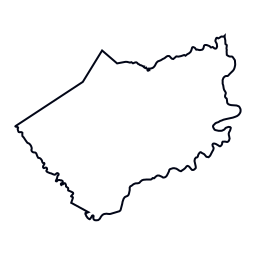 the district of Allende, Nuevo León, Mexico
{"feature_id": "50627088B85815179056295", "entity_name": "Allende", "entity_type": "district", "adm_level": 2, "iso_a3": "MEX", "parent_name": "Mexico", "parent_adm1": "Nuevo León", "projection": "robinson", "projection_center": [-100.014, 25.299], "detail": "fine", "context": "isolated", "style": "outline", "palette": "ink", "viewbox_px": 256, "rotation_deg": 0, "n_neighbors": 0, "source": "geoboundaries", "source_scale": "gbopen_adm2", "svg_char_len": 5740}
<svg xmlns="http://www.w3.org/2000/svg" viewBox="0 0 256 256"><path d="M71.2,202.8L88.4,212.2L86.2,213.1L85.6,212.9L85.4,213.1L85.4,213.9L85.6,214.6L86.0,215.0L86.3,216.1L87.1,217.1L87.5,217.8L88.9,218.9L89.7,219.2L90.1,218.9L91.3,217.2L92.0,215.8L92.4,215.5L92.8,215.4L93.2,215.5L93.5,215.8L93.6,216.2L93.3,218.2L93.5,218.9L93.8,219.5L94.5,220.0L95.0,220.2L96.3,220.3L98.1,220.1L99.5,219.1L100.0,218.4L100.6,217.3L101.2,216.4L102.0,215.4L103.1,214.5L104.2,214.0L106.5,213.7L107.9,213.9L109.8,214.0L110.8,213.8L119.2,211.3L120.3,210.5L120.7,209.6L122.2,203.9L122.6,201.7L123.6,198.8L124.7,197.2L125.8,196.6L127.5,195.9L128.3,195.2L128.9,193.9L129.7,190.2L129.7,187.5L130.4,186.3L131.5,185.8L133.5,184.2L135.4,183.4L137.6,183.3L139.0,183.0L139.8,182.4L140.4,181.6L142.0,180.3L143.4,179.8L146.8,179.5L150.9,179.5L151.8,179.0L152.6,178.1L153.0,178.0L153.8,178.3L154.3,178.2L155.1,177.2L156.3,176.2L156.9,175.8L157.6,175.5L159.0,175.5L161.8,176.7L163.0,177.5L164.0,177.5L165.1,177.2L165.6,176.9L166.5,176.1L167.4,174.6L168.8,171.7L169.2,170.6L169.3,169.9L170.1,169.1L173.0,168.2L174.3,168.2L176.4,168.7L178.0,169.7L178.9,170.4L180.4,171.1L181.3,171.1L182.3,170.2L183.4,169.6L185.2,168.1L186.6,166.3L187.5,165.9L188.5,166.2L189.4,166.9L191.2,169.1L192.0,169.9L193.1,170.0L194.3,169.5L195.3,168.5L195.8,167.9L195.7,166.3L194.5,161.0L194.9,158.9L195.9,157.6L197.2,157.3L197.8,156.6L198.1,155.3L198.5,154.3L199.7,152.6L200.5,152.2L201.2,152.4L201.4,152.7L202.9,153.5L204.2,154.2L206.4,156.8L208.6,157.2L210.2,155.6L212.3,151.5L213.2,150.0L213.6,148.5L213.5,147.5L212.6,145.9L212.5,144.5L213.1,143.7L214.0,143.5L215.0,143.7L216.1,144.1L218.3,145.4L219.5,146.2L220.4,146.2L221.4,145.3L222.1,143.9L222.2,143.1L222.2,142.4L222.7,141.7L225.0,141.6L227.1,142.0L227.9,141.7L228.6,141.1L229.1,140.2L229.6,138.6L229.1,136.0L228.9,135.4L228.7,133.8L228.9,132.9L229.3,131.8L230.0,130.7L230.5,129.1L230.8,127.9L230.3,127.2L229.6,127.0L228.4,126.9L225.9,127.8L225.2,128.4L224.8,129.0L224.2,129.6L222.8,130.3L221.9,130.7L220.8,130.8L218.6,130.8L215.5,130.1L214.6,129.7L214.1,128.9L213.6,128.1L213.2,127.2L213.0,126.2L213.3,125.4L215.5,123.2L216.8,122.6L217.6,122.4L218.6,122.0L220.1,121.0L221.7,120.5L223.5,119.7L226.4,119.0L232.9,117.6L235.5,116.7L237.3,115.9L238.8,114.7L239.6,113.6L240.2,112.6L240.5,111.7L240.6,110.0L240.4,108.9L239.6,107.3L239.1,106.6L238.7,106.3L236.6,105.5L231.1,105.1L229.5,104.7L228.4,104.2L227.5,103.3L227.2,102.5L226.8,98.9L226.5,98.4L225.7,97.8L225.2,97.1L225.0,96.2L225.2,95.1L225.7,93.7L225.8,93.0L225.6,92.3L224.1,89.8L223.7,88.5L223.2,85.3L222.8,84.2L222.6,83.1L222.7,82.2L222.6,80.7L222.7,79.8L223.4,78.0L223.9,77.3L224.6,76.7L225.3,76.2L226.1,76.0L227.5,76.0L228.1,75.7L229.9,73.7L233.2,70.5L234.1,69.0L234.6,67.6L235.1,65.4L235.2,64.3L235.0,61.8L235.0,61.1L234.8,60.1L232.8,57.2L232.4,56.8L231.8,56.5L229.7,56.5L229.0,56.3L227.5,55.5L226.8,54.9L226.6,51.1L226.8,49.9L226.5,48.9L226.5,48.0L226.8,45.6L226.7,45.0L226.4,44.7L225.6,44.3L225.4,43.7L225.3,40.3L224.9,38.4L224.6,37.0L224.7,35.7L224.4,36.0L223.4,36.7L223.1,36.7L221.9,36.5L221.2,36.6L219.1,38.0L218.2,38.4L217.2,37.8L216.9,37.8L216.5,37.9L216.1,38.5L215.6,39.8L215.4,40.6L215.4,41.1L215.6,41.6L216.8,43.9L217.1,46.5L216.6,47.9L216.1,48.4L215.8,48.6L215.1,48.6L214.4,48.4L213.2,47.3L212.6,47.0L211.5,47.4L210.7,47.4L210.0,46.5L209.2,46.0L206.9,45.1L206.2,45.0L205.0,45.0L204.6,45.2L204.1,45.6L203.4,48.3L202.8,49.2L202.4,49.6L200.8,50.0L199.5,50.1L197.0,49.5L196.4,49.7L196.1,49.6L195.3,48.4L194.9,47.9L193.4,47.1L192.8,47.1L192.3,47.4L192.1,47.7L191.3,50.4L190.7,51.6L190.4,52.1L188.9,53.4L187.3,54.2L185.5,55.7L184.2,55.0L181.0,56.1L178.5,56.6L176.3,56.4L173.3,59.0L172.1,58.8L171.0,57.9L170.1,56.8L169.3,56.1L168.2,56.0L167.4,56.1L166.5,56.6L164.5,58.2L162.8,59.0L160.7,60.3L158.1,61.3L157.7,61.5L156.7,62.5L156.2,63.2L155.0,65.5L154.3,66.5L153.5,67.3L152.7,67.9L151.8,68.2L150.4,68.6L149.1,68.6L149.3,70.1L148.9,70.1L148.8,70.3L148.4,70.4L148.1,70.7L147.7,70.6L147.5,70.2L147.8,69.7L146.1,67.6L145.4,68.1L144.8,67.7L144.6,67.7L143.7,67.0L143.6,66.7L143.8,66.4L142.8,66.2L141.4,65.4L140.1,65.1L138.9,64.2L138.3,64.1L137.2,62.9L136.5,62.4L135.3,62.4L133.0,63.3L131.4,62.2L130.0,62.6L127.1,61.9L125.1,61.9L117.1,63.4L102.1,50.5L82.8,81.9L15.5,126.1L15.4,126.4L15.6,126.6L17.4,127.0L17.9,127.3L18.1,127.6L18.1,128.0L17.7,128.7L17.7,129.3L18.4,131.6L18.7,132.0L19.4,132.2L21.2,132.1L22.0,132.4L22.4,132.8L22.3,134.3L22.4,136.0L22.6,136.4L23.6,137.3L25.7,140.5L27.3,142.7L28.0,143.1L28.8,143.4L29.7,144.1L30.3,144.8L31.0,145.9L31.5,147.2L31.7,148.0L31.7,149.0L31.4,149.8L31.5,150.6L31.9,151.3L32.5,151.9L33.0,152.2L33.6,152.4L35.0,152.5L35.4,152.6L35.9,153.0L36.3,153.5L37.3,156.2L38.2,157.8L39.6,158.1L40.2,158.4L40.8,158.9L41.9,160.4L42.2,161.7L42.5,162.4L42.9,162.9L43.5,163.1L44.1,163.0L44.4,163.4L44.4,163.7L44.3,164.2L43.5,165.4L43.2,166.1L43.0,167.0L43.2,167.6L43.8,168.1L44.5,168.0L45.5,167.6L46.4,167.7L46.9,168.2L47.1,169.5L46.4,170.5L46.5,171.3L47.3,172.0L49.8,173.1L51.2,173.4L52.9,174.2L54.4,174.7L55.1,174.6L55.8,174.1L56.4,173.5L57.2,173.1L57.9,173.3L58.3,173.6L58.6,174.0L58.6,174.4L58.6,174.8L57.6,175.9L57.4,176.5L57.0,178.4L55.9,180.7L55.9,181.1L56.2,181.3L56.8,181.3L57.7,180.4L58.3,180.1L58.8,180.0L59.6,180.0L60.4,180.3L61.3,180.3L62.3,180.8L62.7,181.3L62.8,182.2L62.4,182.9L61.3,183.3L60.9,183.8L60.9,184.3L61.1,184.8L61.3,185.0L62.0,184.4L62.6,184.4L62.9,184.3L63.5,183.8L64.6,183.2L65.1,183.4L65.3,183.5L65.6,184.2L65.9,184.9L66.0,185.5L66.0,186.4L66.1,186.6L68.0,187.9L68.2,188.3L68.1,190.2L68.4,190.6L69.4,190.9L71.9,192.0L73.0,192.7L73.2,193.3L73.1,193.6L73.0,194.0L72.0,195.1L71.2,196.0L71.1,196.3L71.3,196.5L71.6,196.7L72.0,196.7L72.5,197.0L72.8,197.2L72.9,197.5L72.8,198.2L71.2,202.8Z" fill="none" stroke="#020617" stroke-width="2"/></svg>